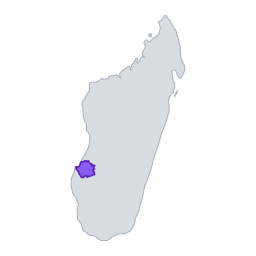 Manja, Menabe, Madagascar (highlighted)
{"feature_id": "10022922B70385192089273", "entity_name": "Manja", "entity_type": "district", "adm_level": 2, "iso_a3": "MDG", "parent_name": "Madagascar", "parent_adm1": "Menabe", "projection": "mercator", "projection_center": [44.3, -21.407], "detail": "fine", "context": "in_parent", "style": "filled", "palette": "violet", "viewbox_px": 256, "rotation_deg": 0, "n_neighbors": 0, "source": "geoboundaries", "source_scale": "gbopen_adm2", "svg_char_len": 6100}
<svg xmlns="http://www.w3.org/2000/svg" viewBox="0 0 256 256"><path d="M170.1,21.0L170.8,22.7L171.6,24.4L174.3,28.3L175.4,29.8L176.3,31.4L176.8,34.6L178.5,39.6L180.1,47.1L180.6,54.8L181.0,58.3L182.3,61.7L184.3,65.1L184.9,69.0L183.7,73.0L181.9,76.7L181.5,77.4L180.6,78.4L180.2,78.4L178.8,77.4L177.7,75.8L176.2,72.1L175.6,70.2L175.0,69.9L173.3,70.1L172.0,71.2L171.8,72.0L172.1,74.1L172.6,76.0L172.8,77.9L172.8,80.3L173.3,81.1L174.0,81.7L174.7,83.3L174.8,87.1L174.4,89.0L173.1,90.6L173.2,91.5L173.7,92.5L173.2,93.0L171.6,93.7L171.0,94.4L170.1,96.0L168.7,99.5L168.5,101.2L169.4,106.6L169.1,110.3L167.3,117.6L166.2,121.1L164.8,125.2L162.5,130.6L160.3,137.5L158.4,144.6L157.0,148.8L155.4,153.0L153.2,160.5L151.3,168.1L148.6,176.5L144.8,185.8L144.4,187.1L143.6,191.9L142.7,196.0L141.7,200.2L139.6,207.1L139.3,209.2L138.8,211.2L136.8,215.5L135.9,217.1L135.3,218.9L135.0,221.0L134.4,223.1L132.8,227.0L130.6,230.3L129.1,231.5L125.8,233.3L124.1,233.7L120.4,233.7L116.8,234.7L113.0,236.6L109.4,238.9L108.1,239.9L106.5,240.5L101.8,240.6L100.3,240.2L95.6,236.5L93.7,235.9L90.2,235.4L89.2,235.1L88.2,234.6L86.8,232.7L84.0,231.1L83.3,230.6L82.9,229.5L82.6,228.3L81.9,227.0L81.3,224.5L80.4,222.7L77.8,219.6L77.6,218.6L77.4,215.3L77.4,213.0L77.2,208.9L77.5,207.0L78.4,205.3L78.0,203.4L77.1,201.4L76.7,199.4L76.0,197.6L73.3,194.2L72.6,192.6L72.2,190.9L71.2,185.7L71.1,183.8L71.2,180.0L71.6,178.0L72.2,176.6L72.4,175.6L72.8,174.7L73.5,174.0L73.9,173.1L74.9,168.2L76.2,167.1L78.1,166.5L79.6,165.2L80.5,163.5L81.4,159.9L83.8,156.4L84.6,154.5L86.5,151.7L88.3,147.8L88.8,146.0L89.1,144.1L89.6,139.9L89.9,137.8L89.8,135.8L88.9,133.7L86.5,129.9L86.5,129.2L86.6,126.4L86.4,124.3L85.6,122.3L84.5,120.4L83.4,116.8L82.9,110.9L83.0,108.8L82.7,106.9L81.9,105.1L82.4,102.0L89.4,90.6L89.6,89.3L89.4,85.8L89.5,83.8L89.7,83.1L90.3,82.6L91.5,82.4L97.1,81.9L97.8,81.6L99.2,80.6L101.2,78.8L102.0,78.3L102.8,78.4L103.3,79.2L103.9,79.7L106.2,78.8L107.1,78.8L108.0,78.9L108.4,78.2L108.6,77.1L109.0,76.4L109.6,76.0L112.5,75.8L114.4,75.5L116.8,74.8L117.3,74.9L119.2,77.5L119.8,77.7L120.6,77.8L121.2,77.4L119.7,76.0L119.4,75.2L119.5,74.4L120.4,72.5L121.8,71.1L124.9,68.9L128.2,66.5L129.1,66.3L129.9,66.7L130.6,69.6L130.5,70.1L131.0,70.2L131.6,69.8L132.2,68.6L132.2,67.6L131.7,66.7L131.5,65.9L131.5,65.2L133.2,63.4L134.5,61.8L135.1,59.8L135.6,58.9L137.0,57.9L137.4,58.0L137.7,58.9L137.9,59.7L137.5,60.6L137.0,61.5L136.8,62.6L137.6,62.9L138.3,62.6L139.4,60.5L140.6,58.5L141.3,57.5L142.2,56.8L143.8,56.9L145.2,57.4L142.8,55.3L142.2,52.4L145.1,47.5L145.1,46.5L145.5,46.2L145.7,45.8L144.3,44.1L144.0,43.3L144.2,42.1L144.9,40.9L145.5,40.2L146.4,39.9L147.2,40.3L148.8,41.7L149.8,41.9L151.1,40.6L152.2,38.9L153.8,37.8L155.6,37.1L158.4,34.5L160.2,29.2L160.3,27.6L159.9,25.7L159.3,23.9L158.2,21.7L158.5,21.2L160.0,21.5L160.5,21.2L162.1,19.2L164.8,15.4L165.7,15.4L166.5,16.1L166.8,17.1L167.3,17.9L169.1,19.7L170.1,21.0ZM151.2,36.1L151.2,36.7L149.2,36.5L148.8,34.4L149.8,34.4L150.1,33.5L150.7,33.4L151.3,35.2L151.2,36.1ZM176.3,93.9L174.6,96.9L175.1,94.4L177.1,90.8L177.7,90.5L176.3,93.9Z" fill="#d9dde1" stroke="#a8b0b8" stroke-width="1"/><path d="M94.8,165.7L94.6,165.6L94.2,165.4L93.9,165.3L93.8,165.2L93.7,165.1L93.3,165.1L93.1,165.2L93.0,165.3L92.8,165.5L92.7,165.5L92.6,165.4L92.4,165.4L92.3,165.5L92.2,165.6L92.2,165.4L92.0,165.2L92.0,164.8L92.0,164.6L92.0,164.3L91.9,164.3L91.7,164.2L91.4,164.0L91.2,163.9L90.9,164.0L90.9,163.9L90.7,163.8L90.5,163.7L90.4,163.7L90.2,163.4L90.1,163.2L89.9,163.0L89.8,162.9L89.7,162.8L89.6,162.7L89.4,162.6L89.4,162.4L89.2,162.2L88.9,161.9L88.8,161.7L88.8,161.4L88.8,161.2L88.7,161.2L88.4,161.0L88.2,161.1L88.0,161.3L88.0,161.2L87.9,161.2L87.8,161.3L87.7,161.3L87.4,161.3L87.3,161.2L87.1,161.1L86.9,161.1L86.7,161.0L86.7,160.9L86.4,160.7L86.2,160.7L85.8,160.9L85.7,160.9L85.5,161.0L85.4,161.1L85.3,160.9L85.2,160.9L84.9,160.8L84.7,160.8L84.4,160.9L84.3,161.0L84.0,161.6L83.9,161.9L83.8,162.1L83.7,162.1L83.3,161.9L82.4,161.7L82.1,161.6L82.0,161.8L81.8,161.8L81.6,161.8L81.4,161.9L81.4,162.0L81.1,162.1L80.9,162.1L80.7,162.3L80.6,162.7L80.4,163.1L80.5,163.2L80.3,164.0L80.2,164.1L80.2,164.3L80.1,164.5L79.9,164.9L79.7,165.3L79.7,165.7L79.7,166.0L79.4,166.3L79.2,166.4L79.0,166.6L78.7,166.8L78.4,167.0L78.2,166.9L77.9,166.8L77.7,166.7L77.4,166.8L77.2,166.9L77.0,167.0L76.9,166.9L76.7,166.9L76.4,166.9L76.2,167.0L76.0,166.9L75.8,167.1L75.6,167.2L75.6,167.3L75.7,167.5L75.8,167.5L76.0,167.8L76.3,168.1L76.4,168.3L76.4,168.6L76.4,168.9L76.4,169.0L76.6,169.3L76.5,169.5L76.8,169.7L76.9,169.8L76.9,169.7L77.0,169.8L77.1,170.0L77.3,170.2L77.4,170.3L77.5,170.4L77.6,170.7L77.8,170.8L77.8,171.0L78.2,171.4L78.3,171.4L78.3,171.6L78.4,171.8L78.6,171.9L78.6,172.1L78.8,172.6L79.0,172.9L79.1,173.6L79.2,174.2L79.3,174.3L79.6,174.5L79.8,174.7L79.9,175.0L80.3,175.5L80.5,175.8L80.7,176.2L80.8,176.3L80.9,176.6L80.9,176.8L81.0,177.0L81.4,177.0L81.6,177.1L81.8,177.1L82.0,177.3L82.1,177.5L82.2,177.4L82.6,177.6L83.0,177.5L83.3,177.5L83.5,177.4L83.7,177.2L83.8,176.8L83.9,176.6L84.1,176.4L84.3,176.3L84.5,176.4L84.9,176.2L85.0,176.0L85.3,175.8L85.5,175.8L85.8,175.8L86.0,175.9L86.3,176.0L86.4,176.3L86.6,176.6L86.7,176.8L86.8,176.8L86.9,176.7L87.0,176.6L87.1,176.3L87.1,176.1L87.3,176.1L87.5,176.3L87.7,176.5L87.8,176.8L87.9,176.7L88.2,176.4L88.3,176.3L88.6,176.4L88.7,176.5L88.8,176.5L89.0,176.5L89.4,176.4L89.6,176.4L89.8,176.2L90.0,176.2L90.6,175.9L90.8,175.8L91.1,175.7L91.3,175.6L91.7,175.7L91.9,175.5L92.0,175.4L92.1,175.2L92.4,174.9L92.6,174.9L93.0,174.8L93.5,174.8L93.9,174.7L94.3,174.7L94.5,174.7L94.5,174.3L94.5,174.1L94.6,173.7L94.6,173.4L94.5,173.2L94.4,173.0L94.4,172.9L94.3,172.7L94.2,172.5L94.1,172.4L93.9,172.2L93.7,172.1L93.8,171.9L93.7,171.8L93.6,171.7L93.6,171.4L93.5,171.2L93.5,170.9L93.4,170.6L93.5,170.6L93.6,170.3L93.4,170.2L93.5,170.1L93.6,169.9L93.7,169.7L93.8,169.6L93.7,169.6L93.8,169.5L93.8,169.4L93.7,169.4L93.8,169.3L93.7,169.3L93.8,169.2L93.7,169.2L93.8,169.2L93.8,168.9L93.8,168.7L93.7,168.6L93.6,168.4L93.6,168.2L93.5,167.9L93.6,167.7L93.6,167.2L93.8,167.0L93.9,166.9L94.0,166.9L94.0,166.7L94.0,166.4L94.4,166.3L94.5,166.2L94.7,165.9L94.8,165.7Z" fill="#8b5cf6" stroke="#5b21b6" stroke-width="1.5"/></svg>